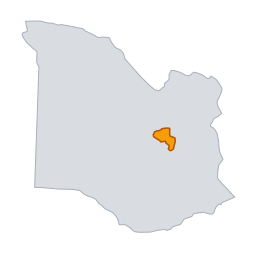 Oyam on a map of Uganda (Mercator projection), rotated 92°
{"feature_id": "UGA-3103", "entity_name": "Oyam", "entity_type": "County", "adm_level": 1, "iso_a3": "UGA", "parent_name": "Uganda", "parent_adm1": "", "projection": "mercator", "projection_center": [32.488, 2.331], "detail": "fine", "context": "in_parent", "style": "filled", "palette": "amber", "viewbox_px": 256, "rotation_deg": 92, "n_neighbors": 0, "source": "natural_earth", "source_scale": "10m", "svg_char_len": 2602}
<svg xmlns="http://www.w3.org/2000/svg" viewBox="0 0 256 256"><g transform="rotate(92 128 128)"><path d="M190.6,219.2L186.4,219.2L179.6,219.2L172.8,219.2L166.0,219.2L159.1,219.2L152.3,219.2L145.5,219.2L138.7,219.2L131.9,219.2L125.1,219.2L118.3,219.2L111.5,219.2L104.7,219.2L97.8,219.2L91.0,219.2L84.2,219.2L77.4,219.2L73.4,219.2L72.6,219.0L72.0,218.9L69.5,219.4L66.8,221.0L64.0,221.7L60.9,221.5L60.6,221.7L59.0,221.6L56.8,221.5L54.8,221.9L53.3,223.4L51.7,225.9L49.0,228.8L46.8,231.4L44.9,233.2L40.7,236.2L38.3,237.1L37.2,236.9L36.5,236.4L35.2,232.6L34.3,231.9L26.1,233.9L24.8,233.9L24.9,232.7L24.3,223.7L24.2,218.2L25.3,214.7L25.9,210.8L26.0,207.2L27.5,201.3L27.0,197.7L28.9,185.1L29.4,183.1L30.2,177.0L31.4,175.1L32.5,174.4L33.9,170.7L36.6,164.7L38.5,161.6L38.1,154.9L38.4,150.4L38.8,149.4L42.8,147.7L48.0,143.5L50.2,138.5L53.3,135.3L59.3,133.3L77.1,116.3L85.4,107.1L89.0,102.4L89.1,100.7L89.8,98.5L88.4,96.8L86.7,95.2L86.1,93.8L84.6,93.0L82.5,93.1L81.1,92.0L79.5,89.9L77.9,88.7L72.8,88.8L68.9,86.7L69.0,83.8L70.5,78.1L73.5,71.6L73.6,69.8L73.2,68.3L72.5,67.0L71.2,65.7L69.9,64.2L70.9,59.5L72.7,54.9L74.3,52.6L75.8,50.1L75.3,48.0L73.2,46.9L74.3,44.9L76.6,41.4L81.2,37.9L85.2,35.6L87.8,35.6L93.0,37.5L97.7,39.6L100.3,39.8L103.4,38.8L109.9,35.0L111.5,36.2L113.4,38.5L115.4,42.4L119.5,44.2L121.5,45.5L122.9,45.8L123.6,45.5L125.2,42.4L127.1,40.8L130.5,38.7L138.1,37.0L143.6,36.5L145.9,36.1L149.8,35.1L155.9,32.0L161.9,36.0L168.4,36.8L174.7,36.8L176.6,35.5L177.7,34.6L184.4,27.9L193.4,18.9L199.3,31.6L201.4,32.4L201.1,33.5L200.6,34.6L204.5,37.6L209.3,39.2L211.1,40.8L211.2,42.5L209.6,49.9L209.9,52.0L211.4,59.5L214.3,61.2L216.9,68.6L222.0,71.8L222.7,72.7L223.9,76.4L225.5,80.3L226.7,81.3L227.5,81.5L229.0,85.7L228.1,88.1L229.3,95.3L231.2,101.7L231.7,109.4L231.8,112.8L231.7,114.9L231.3,117.8L230.3,119.5L228.7,121.1L226.9,123.7L225.3,126.5L224.3,127.8L225.1,132.0L224.9,133.1L224.5,133.6L222.1,134.2L219.2,135.3L217.3,136.4L214.8,138.5L212.7,140.8L210.0,147.5L205.5,152.7L204.7,154.5L200.4,157.6L198.6,161.4L197.4,166.1L195.7,169.5L192.1,174.1L191.3,181.4L191.4,196.0L190.5,212.6L190.6,219.2Z" fill="#d9dde1" stroke="#a8b0b8" stroke-width="1"/><path d="M149.2,84.3L148.7,85.9L147.4,87.0L145.7,86.4L144.1,86.3L141.5,89.7L139.9,90.2L140.8,94.7L139.9,95.4L139.2,96.3L138.7,97.2L138.0,98.6L135.7,102.2L133.8,102.5L130.9,101.3L130.6,100.5L130.2,99.9L129.9,99.3L129.5,96.6L128.8,95.3L128.3,94.6L127.6,94.3L126.9,91.2L126.7,88.0L126.9,86.5L128.4,86.1L130.0,86.3L131.5,86.1L132.9,86.1L134.5,85.8L136.3,80.8L139.6,80.3L143.1,81.0L147.4,81.9L149.2,84.3Z" fill="#f59e0b" stroke="#b45309" stroke-width="1.5"/></g></svg>